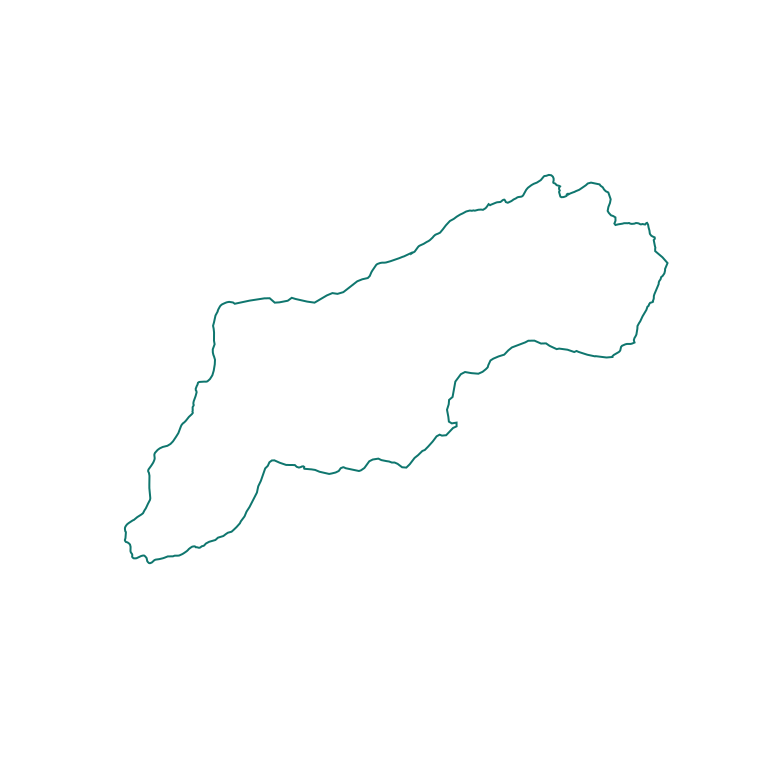 outline of Palestina, Huila, Colombia, rotated 36°
{"feature_id": "7082276B12666092596275", "entity_name": "Palestina", "entity_type": "district", "adm_level": 2, "iso_a3": "COL", "parent_name": "Colombia", "parent_adm1": "Huila", "projection": "equal_earth", "projection_center": [-76.155, 1.674], "detail": "fine", "context": "isolated", "style": "outline", "palette": "teal", "viewbox_px": 768, "rotation_deg": 36, "n_neighbors": 0, "source": "geoboundaries", "source_scale": "gbopen_adm2", "svg_char_len": 6155}
<svg xmlns="http://www.w3.org/2000/svg" viewBox="0 0 768 768"><g transform="rotate(36 384 384)"><path d="M562.3,203.2L561.2,202.4L560.3,201.6L559.6,199.5L559.5,197.8L559.1,195.6L556.5,190.4L555.0,188.1L554.5,184.4L554.5,182.9L553.4,177.3L552.7,169.8L551.7,166.6L552.1,165.3L551.6,163.5L551.6,161.9L552.7,160.5L553.3,159.3L552.7,158.7L552.4,157.3L551.9,156.1L550.6,154.2L550.0,152.5L547.5,141.8L546.6,140.3L546.2,139.0L546.2,136.8L545.4,134.6L545.9,132.8L545.8,129.7L544.7,127.0L543.8,125.8L542.3,119.5L534.8,117.8L525.3,117.1L523.9,115.3L523.5,114.3L521.9,113.0L517.6,109.0L517.7,107.3L516.8,106.3L514.4,106.8L512.9,106.9L510.8,106.2L508.5,103.8L506.2,102.0L504.0,99.9L502.1,99.0L501.7,99.5L501.5,101.5L499.0,102.7L498.5,103.4L497.6,104.1L495.6,104.4L494.3,105.0L493.2,105.7L492.3,107.1L490.4,108.8L488.8,109.6L487.9,109.6L487.4,109.9L486.8,110.6L483.8,112.7L482.7,114.1L479.7,117.1L477.8,119.3L476.1,118.8L475.3,115.8L473.3,113.2L470.7,113.4L468.5,114.1L465.2,113.4L463.2,112.5L461.5,108.9L460.4,104.7L458.8,101.3L452.9,97.2L450.1,97.7L447.7,97.3L445.4,96.3L442.6,96.3L441.1,95.8L433.1,99.4L431.0,102.0L430.5,104.5L429.8,106.5L427.8,112.1L425.7,115.5L425.2,116.6L424.2,118.0L422.6,120.5L421.8,122.2L421.3,121.8L421.0,121.9L420.4,123.2L421.1,124.3L421.0,124.8L420.0,126.4L419.1,127.5L417.7,128.6L416.5,128.7L412.8,125.8L412.6,125.3L412.5,124.2L411.1,123.4L410.3,122.4L410.3,120.6L409.3,120.7L407.0,121.6L406.3,121.6L404.8,121.2L403.4,121.6L402.6,121.6L402.1,120.9L401.6,119.6L400.4,118.0L398.7,117.0L396.7,116.8L394.5,117.9L392.9,120.2L391.6,121.4L391.3,122.1L391.0,126.9L389.3,131.2L387.5,134.0L386.4,136.4L385.1,140.6L384.9,143.2L385.7,149.7L385.5,150.8L384.9,151.8L382.9,153.7L382.2,154.6L381.6,156.3L380.3,158.7L380.0,159.8L379.5,161.2L377.8,164.3L377.4,164.7L375.6,165.2L374.1,164.4L373.1,164.1L372.4,164.7L371.9,165.7L371.6,167.2L371.1,168.4L368.7,170.5L368.1,171.3L365.0,176.3L364.7,177.0L362.9,177.0L363.0,180.0L362.9,181.6L362.7,182.5L361.7,184.9L359.9,185.9L357.9,187.6L355.6,190.4L354.3,191.0L353.3,192.2L351.5,193.2L349.1,196.1L347.4,199.7L346.0,202.2L344.5,205.8L343.4,209.4L341.5,213.4L340.8,219.3L340.7,224.3L340.4,228.6L339.3,230.7L338.8,231.4L337.8,233.1L337.3,235.5L337.3,236.7L336.6,240.4L336.0,242.2L335.1,243.9L333.7,247.3L331.7,250.8L331.1,252.2L331.0,253.7L331.0,258.8L330.6,259.9L330.2,260.5L329.5,262.4L329.1,261.8L325.1,269.1L324.2,270.3L322.4,273.2L317.1,280.8L314.2,284.5L313.0,285.6L311.3,286.8L309.8,288.3L308.1,290.8L307.7,292.2L307.9,299.0L308.1,301.1L309.0,304.9L308.6,307.8L304.9,312.0L302.0,316.6L297.1,333.6L293.4,338.4L288.8,340.8L285.7,345.9L280.0,359.0L273.4,362.5L262.5,367.2L258.7,368.5L257.2,373.2L251.4,379.4L247.8,382.4L241.1,381.8L236.8,385.1L226.3,395.5L216.1,406.8L213.9,406.8L210.4,408.6L208.9,410.2L208.2,411.2L206.2,414.7L205.7,416.6L205.7,417.9L206.1,421.0L206.5,422.6L206.8,423.0L207.4,427.6L210.2,434.0L211.5,437.4L213.7,439.4L216.3,442.3L221.0,448.9L223.6,451.4L225.1,456.6L226.9,459.0L228.8,460.7L230.4,461.7L233.0,463.7L235.5,467.5L238.4,473.3L240.0,477.8L240.3,482.3L239.6,485.6L238.8,486.6L237.1,487.8L233.5,490.8L233.0,491.6L232.8,492.4L233.5,494.1L233.7,495.7L234.5,498.6L235.5,499.7L236.4,500.0L237.3,500.9L238.7,504.6L240.2,509.8L240.9,511.3L241.6,512.3L242.4,512.8L242.6,513.3L242.8,515.2L243.4,516.1L244.0,516.7L244.2,517.2L244.6,517.5L245.3,519.0L245.9,519.3L246.3,519.8L246.3,521.2L245.5,525.2L245.3,530.3L244.9,532.7L244.5,533.8L244.3,535.8L244.5,537.3L246.5,544.6L246.8,548.9L247.0,554.5L246.5,558.0L245.1,561.3L242.0,565.0L240.4,567.9L239.6,570.4L239.2,574.3L239.5,575.6L239.9,576.4L242.1,578.8L242.7,580.0L243.1,581.4L243.5,583.3L243.7,586.7L243.7,591.4L244.0,592.5L244.7,593.4L246.0,594.0L248.2,596.1L253.2,603.2L255.4,606.2L262.1,613.8L262.8,615.3L263.4,619.4L264.4,624.6L264.5,627.0L265.0,630.2L264.5,632.0L262.6,636.8L261.5,641.1L260.9,642.0L259.1,646.8L258.6,648.8L258.6,650.8L258.8,652.1L259.2,653.0L260.0,654.0L261.4,655.3L262.0,655.4L262.5,655.9L265.4,660.6L266.1,662.6L266.6,663.0L267.9,663.5L269.7,662.9L271.6,662.9L272.9,663.2L274.7,664.7L277.1,668.2L278.3,669.1L279.7,669.5L280.3,669.8L280.9,670.3L281.7,671.7L282.4,672.1L283.8,672.2L285.1,671.4L286.2,670.4L288.7,665.8L289.9,664.4L290.7,663.8L292.1,663.8L294.3,664.4L296.5,666.4L297.5,666.8L299.0,667.0L299.6,666.8L300.2,666.3L301.1,664.8L301.8,661.4L302.5,660.3L305.1,657.8L307.5,655.0L308.5,653.6L310.4,650.6L314.6,647.4L315.5,646.0L318.8,643.5L319.2,643.0L320.9,640.0L321.7,638.0L322.7,635.1L323.0,633.6L323.1,632.3L323.7,630.2L324.4,628.4L325.2,627.5L326.3,626.6L327.2,626.5L327.6,626.7L328.9,625.9L330.3,625.4L331.2,624.7L331.7,623.4L331.9,622.5L333.2,620.9L333.4,620.3L333.7,617.7L335.3,614.4L339.3,609.3L340.0,605.9L343.4,601.4L344.2,598.6L345.1,596.1L347.5,593.1L348.1,590.3L348.8,586.4L349.3,581.4L348.9,579.3L349.0,573.1L347.8,568.0L347.5,562.5L345.0,546.5L342.4,540.7L341.3,534.7L337.5,522.1L338.1,518.5L337.3,514.7L338.2,511.8L340.2,510.2L345.9,509.0L352.4,507.0L359.5,502.0L362.1,502.3L364.3,501.6L365.5,500.1L366.2,498.8L367.2,498.0L368.2,498.0L368.7,499.0L369.4,499.4L375.5,495.7L378.8,494.0L383.4,492.9L392.5,489.0L394.3,487.1L396.9,484.0L398.5,481.0L398.5,477.5L399.9,475.3L401.0,474.9L402.4,474.7L414.9,469.1L416.1,467.4L417.5,463.5L417.5,455.2L419.3,451.7L423.3,447.7L426.6,447.1L431.4,444.9L433.7,443.7L436.6,442.9L438.7,441.3L441.9,440.6L447.6,440.7L451.2,438.5L452.0,433.8L452.2,425.8L453.4,421.5L454.4,415.6L455.8,413.4L456.5,408.7L457.2,401.9L457.3,395.4L458.8,392.3L461.2,391.7L464.4,388.9L465.7,379.0L467.6,375.6L465.4,372.6L462.0,376.0L458.6,376.3L455.3,372.7L450.1,367.8L448.3,362.4L446.0,358.6L447.1,354.2L440.3,340.1L440.4,330.9L442.5,326.7L448.2,323.9L454.3,320.2L456.6,316.2L457.7,312.1L458.1,309.6L457.3,307.4L456.3,302.4L457.5,299.3L460.5,294.3L464.0,289.6L464.8,283.7L466.0,279.2L473.8,267.3L475.3,264.2L480.2,260.5L487.2,259.0L491.2,255.9L495.5,255.8L503.2,254.3L504.9,252.4L512.3,248.4L519.1,246.3L520.4,244.1L522.5,243.7L531.3,240.8L538.5,237.6L538.8,237.1L548.4,231.8L552.9,227.9L552.5,227.5L552.8,225.5L555.1,220.3L555.4,219.2L555.4,218.0L554.0,214.7L554.1,213.2L555.9,210.1L557.0,208.8L560.0,206.6L561.0,205.4L562.3,203.2Z" fill="none" stroke="#0f766e" stroke-width="2"/></g></svg>